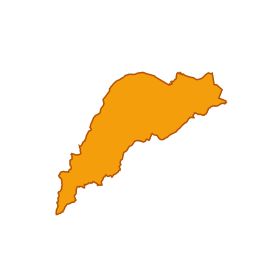 outline of Salistea, Alba, Romania, rotated 65°
{"feature_id": "2599482B46573733698849", "entity_name": "Salistea", "entity_type": "district", "adm_level": 2, "iso_a3": "ROU", "parent_name": "Romania", "parent_adm1": "Alba", "projection": "equal_earth", "projection_center": [23.436, 45.889], "detail": "fine", "context": "isolated", "style": "filled", "palette": "amber", "viewbox_px": 256, "rotation_deg": 65, "n_neighbors": 0, "source": "geoboundaries", "source_scale": "gbopen_adm2", "svg_char_len": 5868}
<svg xmlns="http://www.w3.org/2000/svg" viewBox="0 0 256 256"><g transform="rotate(65 128 128)"><path d="M146.3,28.0L145.4,28.4L144.8,27.9L139.3,33.1L133.0,26.5L128.1,28.7L126.8,29.1L126.3,29.5L125.6,30.7L125.3,31.4L125.1,31.6L113.9,28.5L114.0,29.3L113.7,30.2L112.1,31.7L112.1,33.1L112.7,35.6L114.1,39.3L114.1,42.0L113.4,44.8L112.5,46.1L110.2,47.3L107.5,51.0L104.2,54.3L102.4,55.2L102.8,56.1L99.0,57.5L101.5,56.9L101.6,57.3L100.7,57.5L100.0,58.8L98.9,59.4L99.2,60.0L99.3,60.5L99.7,61.0L102.2,62.7L102.5,62.6L103.2,63.1L103.7,64.0L104.1,65.5L104.8,66.6L104.9,67.5L104.2,68.5L104.1,69.1L104.4,69.8L105.8,69.2L106.2,69.2L106.7,69.6L106.7,70.4L106.4,71.7L105.8,71.4L105.1,71.2L105.4,71.5L106.3,72.8L93.2,81.7L92.1,81.9L91.4,82.7L88.4,86.1L86.9,88.1L85.5,89.3L83.7,91.3L83.6,92.3L83.1,93.8L82.5,95.5L82.3,96.7L82.3,99.2L79.7,104.5L79.6,107.3L79.2,107.9L80.1,110.2L80.3,112.8L80.5,113.8L80.4,114.0L80.7,115.3L80.7,116.0L80.5,116.8L80.6,117.5L80.6,118.7L80.9,119.5L81.1,120.4L81.7,122.2L83.1,125.0L83.2,125.6L83.8,126.5L84.8,128.3L85.1,128.3L85.4,128.6L86.0,128.8L86.9,129.3L87.3,130.3L89.9,134.9L91.5,138.3L91.7,138.5L92.3,138.6L93.0,139.0L93.5,139.1L94.6,139.1L95.3,139.3L95.9,139.7L97.4,141.1L97.9,142.1L98.2,143.1L98.9,144.1L100.0,145.3L100.3,145.5L100.9,145.7L101.9,146.4L102.5,147.1L102.7,148.5L102.8,149.0L103.1,149.4L102.8,151.4L103.0,152.3L104.4,155.1L107.7,158.6L108.3,159.5L111.5,162.3L113.5,161.7L114.5,162.7L114.3,163.2L114.2,164.8L117.8,169.4L118.7,169.8L120.2,171.2L120.7,172.1L120.9,172.1L121.4,172.2L121.4,173.1L121.7,173.4L121.8,173.8L121.6,174.4L123.1,176.3L124.1,177.3L124.5,179.4L123.8,179.6L125.5,180.1L126.9,180.0L127.3,180.2L127.8,180.6L128.6,181.0L130.8,181.3L131.6,182.5L131.2,184.0L131.3,184.5L130.2,186.8L129.7,187.4L129.0,188.0L128.4,188.6L128.4,188.8L127.4,189.7L127.7,190.5L128.0,190.7L128.5,190.2L129.2,190.6L130.1,190.7L130.5,190.8L130.9,191.2L131.3,191.3L131.7,191.6L132.4,191.8L132.6,191.9L132.7,192.3L132.7,193.8L132.9,194.3L133.1,194.5L133.5,194.6L133.8,194.8L134.7,194.9L135.8,195.8L136.6,195.9L137.0,196.1L137.6,196.2L138.6,195.7L139.3,196.0L140.1,196.2L140.3,196.3L141.3,197.4L140.9,198.1L140.9,198.4L141.7,199.7L142.9,200.5L142.6,201.2L142.0,201.7L141.8,202.0L141.4,202.9L141.3,203.6L140.5,204.3L140.1,204.8L140.0,205.3L140.0,205.8L139.6,206.8L139.8,207.6L140.3,208.9L141.0,209.0L141.6,210.7L141.9,210.9L142.2,211.0L143.1,211.0L144.6,210.6L145.6,210.0L146.4,209.9L146.8,210.1L148.4,210.5L149.3,210.8L149.9,211.3L152.0,211.8L153.8,213.4L154.8,213.6L155.3,213.9L155.8,215.1L156.9,216.4L156.9,216.9L156.6,218.0L157.2,218.6L157.8,218.9L158.3,218.9L159.2,218.7L160.0,218.9L160.6,219.4L161.0,219.8L161.6,220.6L162.0,221.2L162.3,221.3L162.9,221.3L163.2,221.4L163.7,221.8L165.2,222.1L165.3,222.2L165.6,222.9L165.3,223.7L165.7,224.0L166.2,224.1L167.4,223.9L168.1,224.2L169.0,224.2L171.3,226.5L171.7,227.3L173.1,228.0L174.4,229.0L175.0,229.1L176.2,229.5L176.3,229.3L176.3,229.0L176.3,228.8L176.5,228.1L176.5,227.7L176.3,226.8L176.3,226.5L176.7,225.6L176.8,225.2L176.2,224.1L176.2,223.6L176.5,222.4L175.9,222.0L175.2,221.3L175.1,221.1L175.1,220.5L174.1,219.5L173.2,218.8L172.6,217.5L172.5,217.3L172.1,216.7L171.8,216.5L171.5,215.9L171.4,215.5L171.4,215.0L171.7,214.5L171.8,213.6L171.8,212.5L171.7,210.6L171.6,210.2L172.3,208.6L172.3,208.0L172.2,207.5L171.8,206.9L171.4,206.6L171.3,205.6L170.0,205.8L168.7,205.6L168.2,205.6L167.3,205.4L166.9,205.2L166.3,204.5L165.9,203.3L165.6,202.9L163.4,201.6L162.4,201.2L161.1,200.2L160.3,199.2L159.8,198.7L159.8,198.2L159.9,197.9L160.5,197.4L160.9,197.3L160.7,196.8L160.6,196.7L161.1,195.2L161.4,195.0L162.1,194.1L163.0,193.8L163.9,192.9L163.7,192.6L161.1,191.6L160.9,191.5L160.8,191.3L161.0,191.0L161.2,190.7L161.5,190.7L161.8,190.3L161.5,188.2L161.7,187.6L161.3,187.1L161.4,186.3L161.6,185.8L162.1,185.4L162.5,184.3L162.6,184.0L162.5,183.3L161.9,182.8L161.8,182.7L161.8,182.4L161.9,182.2L162.3,181.9L163.5,181.1L163.8,180.4L164.9,180.0L165.9,179.4L166.9,179.9L167.2,179.9L167.3,179.7L167.4,179.3L167.0,178.7L167.5,178.2L167.9,177.7L168.8,175.7L168.7,175.6L167.8,175.4L166.7,175.4L165.2,174.6L164.9,174.3L164.8,173.7L164.6,173.2L164.0,172.7L163.6,172.1L162.7,171.3L162.3,170.6L162.3,169.8L162.2,169.4L162.0,169.1L161.1,168.0L163.1,167.0L163.3,166.7L163.7,165.5L163.5,164.3L163.8,163.8L164.2,163.6L165.7,163.4L165.8,163.2L165.5,162.9L165.0,161.9L164.2,160.8L164.4,160.4L164.4,159.6L164.4,159.1L164.2,157.5L163.6,155.5L163.5,155.2L162.9,154.8L162.7,154.5L162.7,154.0L162.8,153.7L163.0,153.3L162.0,152.4L159.8,152.3L158.9,151.9L158.6,150.7L158.1,149.9L156.3,150.0L154.9,148.8L154.1,148.3L154.0,146.5L148.4,142.2L148.1,139.0L147.0,137.2L146.3,136.4L145.2,134.4L145.3,131.7L143.1,128.0L142.8,127.2L143.0,126.7L142.9,125.9L143.0,125.8L143.9,123.6L144.2,123.5L144.3,123.4L144.4,123.1L144.7,122.8L144.9,122.4L145.1,122.3L145.1,121.9L145.9,121.2L146.6,120.8L147.1,120.2L147.1,119.9L147.3,119.3L147.3,118.5L147.3,117.9L147.1,117.5L146.8,117.0L146.6,116.9L146.1,116.6L146.1,115.7L146.3,115.3L147.9,114.5L148.0,113.8L146.4,112.0L145.9,111.8L144.8,110.4L143.5,109.1L143.3,108.4L145.0,107.5L147.0,104.8L148.8,104.5L149.7,104.5L151.8,103.7L152.8,102.5L153.3,100.9L153.4,100.2L153.1,99.5L153.1,98.9L152.9,98.0L152.8,97.4L153.1,96.5L152.0,93.2L151.7,85.6L150.6,83.9L150.1,82.0L150.3,81.8L148.4,77.5L147.7,74.9L147.4,74.3L147.7,73.4L147.0,71.6L145.3,69.3L145.2,68.3L144.6,67.4L145.1,66.9L145.2,66.0L146.6,64.0L146.6,63.8L146.4,63.7L145.1,64.2L144.7,64.0L144.2,63.8L142.4,61.0L144.9,58.9L145.4,58.6L146.2,56.6L147.0,55.7L147.9,55.1L148.3,54.2L148.2,53.8L148.6,53.5L148.2,52.7L148.3,52.0L148.1,51.1L147.7,50.8L147.1,49.6L146.0,48.7L145.2,47.3L144.6,47.2L144.3,46.7L144.3,45.0L143.8,44.2L143.9,41.8L144.5,40.5L144.5,40.0L145.0,39.8L145.7,38.0L145.8,37.2L145.7,36.3L145.4,34.5L145.4,32.5L145.6,31.9L146.2,30.9L146.8,30.3L146.4,29.7L146.9,29.3L146.7,29.0L146.3,28.0Z" fill="#f59e0b" stroke="#b45309" stroke-width="1.5"/></g></svg>